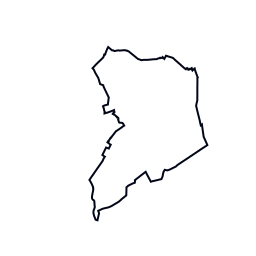 the district of Landgraaf, Limburg, Netherlands, rotated 133°
{"feature_id": "6326949B53909920900869", "entity_name": "Landgraaf", "entity_type": "district", "adm_level": 2, "iso_a3": "NLD", "parent_name": "Netherlands", "parent_adm1": "Limburg", "projection": "robinson", "projection_center": [6.038, 50.902], "detail": "fine", "context": "isolated", "style": "outline", "palette": "ink", "viewbox_px": 256, "rotation_deg": 133, "n_neighbors": 0, "source": "geoboundaries", "source_scale": "gbopen_adm2", "svg_char_len": 5127}
<svg xmlns="http://www.w3.org/2000/svg" viewBox="0 0 256 256"><g transform="rotate(133 128 128)"><path d="M82.8,66.7L75.0,76.4L76.4,76.6L74.8,79.0L73.7,80.5L69.5,87.0L68.7,88.2L67.4,90.2L66.8,91.1L66.0,92.2L65.6,93.0L65.3,93.3L63.3,94.6L60.6,96.1L55.6,100.7L50.7,105.3L49.4,106.4L47.7,108.0L45.4,110.1L44.5,111.0L43.8,111.6L43.5,111.5L42.8,112.9L42.5,113.5L42.1,114.3L41.8,114.9L41.5,115.4L41.2,116.1L40.3,117.8L39.7,119.0L39.5,119.4L39.4,119.7L39.1,119.6L38.9,119.9L39.1,120.0L39.3,120.0L39.5,120.0L40.3,120.0L41.1,120.0L41.7,120.1L42.0,120.1L41.7,121.1L41.4,121.4L41.0,121.6L40.7,122.3L41.0,122.4L42.4,122.6L43.1,122.9L43.0,123.2L43.5,123.3L43.8,123.4L43.7,123.6L44.2,123.8L43.9,124.7L43.7,125.4L44.3,125.9L44.8,125.8L45.2,125.7L45.6,125.7L45.7,126.5L45.7,126.9L45.8,127.5L45.8,128.0L45.8,128.4L45.8,128.9L45.9,130.7L45.9,131.1L45.9,131.5L45.9,132.1L45.9,133.0L45.9,133.5L46.0,135.1L46.0,135.5L46.0,135.9L46.0,136.4L46.0,137.0L46.1,138.3L46.1,139.6L46.1,141.6L46.1,142.9L46.5,143.7L46.5,143.9L47.0,144.9L47.3,145.5L48.4,147.7L48.6,148.3L49.1,149.3L49.2,149.5L50.5,149.1L50.9,149.0L51.9,148.8L52.7,148.6L52.5,151.0L53.1,150.9L53.6,150.8L53.9,151.3L54.0,151.5L54.4,152.1L54.7,152.4L55.1,152.2L55.4,152.5L55.8,152.8L56.0,153.0L56.3,153.2L56.6,153.4L56.8,153.5L57.4,153.7L58.0,153.9L60.0,155.9L60.2,156.1L62.7,158.3L64.3,159.7L64.5,159.9L66.6,162.0L67.2,162.8L69.3,164.5L69.7,165.6L70.7,167.8L71.5,179.8L72.1,181.3L72.4,181.7L72.3,182.0L73.2,183.1L73.3,183.5L77.2,187.0L77.3,187.3L77.7,187.9L78.1,188.3L80.7,190.2L81.0,190.5L81.4,191.9L82.1,192.7L82.3,197.7L84.5,197.1L84.8,197.0L85.3,196.8L86.0,196.5L88.0,195.7L89.0,195.3L89.4,195.0L89.9,194.8L90.5,195.5L91.3,195.1L91.6,194.9L91.8,194.8L92.0,194.7L92.5,194.5L92.9,194.4L93.1,194.3L93.4,194.3L93.5,194.3L93.9,194.2L94.1,194.2L94.5,194.3L95.8,194.3L99.1,194.5L100.2,194.6L100.9,194.6L101.7,194.6L102.4,194.7L106.0,194.7L108.5,194.7L108.6,192.9L109.6,190.5L109.8,189.9L110.1,189.2L111.7,183.8L114.9,178.3L113.6,175.3L114.4,174.1L115.6,171.1L117.1,167.3L118.8,162.9L124.6,158.7L125.2,159.1L126.7,160.1L127.3,160.4L127.6,160.6L127.9,160.7L128.6,161.0L129.1,161.1L129.2,160.9L129.3,160.9L129.6,160.3L129.8,159.8L130.1,159.2L130.4,158.7L130.8,158.2L131.2,157.7L131.7,156.9L131.7,156.5L132.1,156.0L132.4,156.0L133.4,155.1L131.9,154.3L130.7,153.5L130.1,153.2L129.5,152.9L127.0,151.6L124.6,150.5L124.9,150.3L124.9,150.1L125.0,150.0L125.0,149.9L125.1,149.6L125.1,149.4L125.3,149.3L125.6,149.2L125.6,148.9L125.7,148.7L125.9,148.7L126.0,148.7L126.3,148.7L126.5,148.9L126.9,148.9L127.2,148.9L127.3,148.9L127.5,148.9L127.8,148.9L128.1,148.8L127.9,148.2L127.8,147.6L127.6,147.0L127.5,146.7L127.5,146.1L127.4,145.7L127.4,145.4L127.5,145.0L127.5,144.8L127.5,144.5L127.5,144.2L127.7,143.5L127.5,143.4L127.7,143.1L127.6,142.9L127.4,142.7L127.3,142.4L127.2,142.2L127.3,142.0L127.4,141.8L127.7,141.4L127.9,141.2L128.0,141.1L128.3,140.9L128.6,140.9L128.7,140.7L129.0,140.2L129.3,139.6L129.6,139.1L129.9,138.5L130.0,138.2L129.9,138.0L129.8,137.7L129.7,137.5L129.0,136.8L128.7,136.4L128.3,135.8L128.3,135.7L128.2,135.5L128.1,135.1L128.2,134.6L128.4,133.9L128.9,132.4L131.6,133.1L131.9,133.0L132.9,133.3L134.2,133.5L135.7,133.9L136.6,134.1L137.6,134.3L138.6,134.6L138.8,134.6L141.6,134.3L145.2,134.0L146.9,134.0L146.8,133.8L151.2,133.5L151.1,133.1L152.5,133.1L152.2,131.3L152.3,130.2L152.3,129.9L152.1,129.6L152.0,129.3L152.3,129.2L152.7,129.0L155.3,128.3L156.1,128.0L157.2,130.7L165.2,128.3L165.1,127.9L165.0,126.3L164.9,125.7L164.8,125.4L167.0,125.0L169.4,124.1L182.3,122.3L185.5,121.8L185.9,121.8L186.0,121.7L187.9,121.5L192.3,120.8L192.4,120.5L192.6,119.7L192.8,118.9L193.0,118.2L193.3,117.5L193.6,116.5L194.0,115.6L194.1,115.3L194.2,115.1L194.3,114.9L194.4,114.7L194.5,114.5L194.5,114.4L194.6,114.1L194.8,113.8L194.8,113.7L195.0,113.5L195.1,113.3L195.1,113.2L195.3,113.0L195.4,112.9L195.5,112.8L195.5,112.7L195.8,112.4L195.9,112.2L196.0,112.2L196.4,111.8L196.5,111.7L197.0,111.2L197.3,111.0L197.5,110.9L197.8,110.7L198.1,110.5L199.3,109.8L202.7,107.6L203.0,107.3L203.6,106.8L203.8,106.5L204.1,106.0L204.3,105.6L204.4,105.2L204.4,104.7L204.3,104.3L204.3,104.1L204.2,103.7L204.3,103.3L204.4,102.9L204.7,102.5L207.6,99.4L208.0,98.9L208.7,98.2L209.1,98.0L209.6,97.8L211.6,96.9L212.1,96.7L212.5,96.4L212.9,96.1L213.2,95.8L213.6,95.5L213.9,95.1L215.1,93.3L215.3,93.0L215.4,92.8L215.6,92.4L215.9,91.8L216.9,89.7L217.0,89.4L217.1,89.2L217.0,88.9L217.0,88.6L216.9,88.3L216.7,88.1L216.3,87.4L216.0,87.6L210.1,91.0L208.9,93.3L205.4,91.9L204.4,91.5L201.9,89.9L199.3,88.1L196.3,86.8L193.1,85.9L188.3,84.5L185.1,84.1L184.8,84.2L184.0,84.1L178.5,83.3L175.5,85.9L172.4,88.7L170.9,88.5L170.0,88.5L169.2,88.2L168.2,87.8L166.0,87.0L163.9,86.0L163.4,85.7L162.7,86.2L162.2,86.6L161.7,87.0L161.4,87.4L152.8,86.0L148.0,85.2L149.1,82.2L150.8,77.2L151.7,74.6L150.2,73.8L146.7,71.4L143.4,69.3L142.6,68.7L140.3,69.5L139.6,69.8L138.6,70.5L136.8,71.6L136.2,71.9L135.8,72.1L133.5,72.6L133.0,71.7L132.5,70.9L132.3,70.5L132.2,70.5L132.0,70.3L131.5,69.9L131.0,69.7L129.9,69.1L126.9,68.0L123.5,66.7L121.4,66.6L113.8,64.8L107.1,63.2L93.7,60.1L86.4,58.3L85.8,59.6L82.8,66.7Z" fill="none" stroke="#020617" stroke-width="2"/></g></svg>